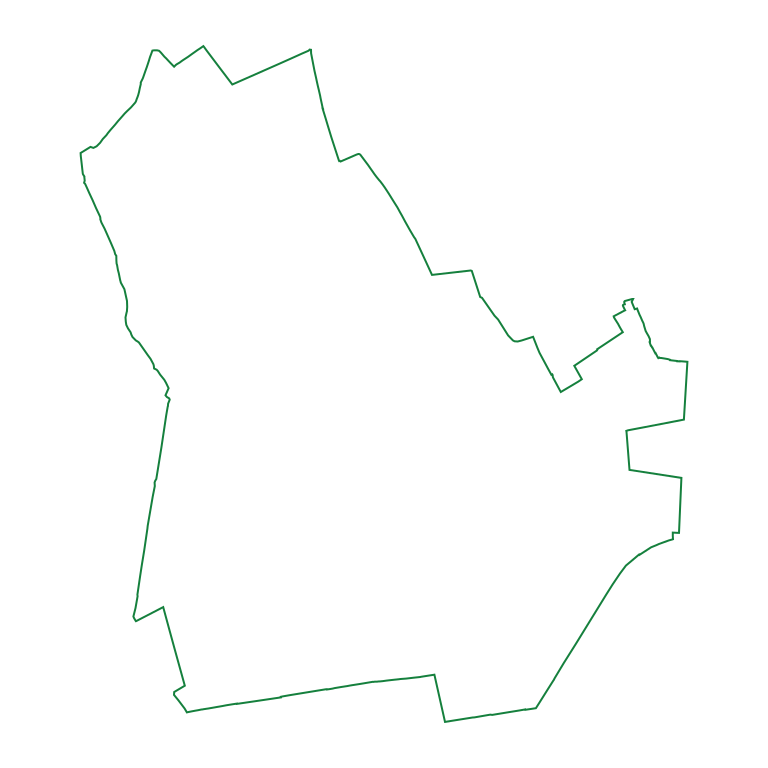 the district of Corbeanca, Ilfov, Romania
{"feature_id": "2599482B20388306931383", "entity_name": "Corbeanca", "entity_type": "district", "adm_level": 2, "iso_a3": "ROU", "parent_name": "Romania", "parent_adm1": "Ilfov", "projection": "mercator", "projection_center": [26.024, 44.599], "detail": "fine", "context": "isolated", "style": "outline", "palette": "green", "viewbox_px": 768, "rotation_deg": 0, "n_neighbors": 0, "source": "geoboundaries", "source_scale": "gbopen_adm2", "svg_char_len": 5293}
<svg xmlns="http://www.w3.org/2000/svg" viewBox="0 0 768 768"><path d="M186.9,712.4L187.6,712.2L191.5,711.4L195.2,710.7L198.1,710.2L200.5,709.7L201.6,709.5L202.7,709.4L203.6,709.2L205.0,709.0L206.2,708.8L207.6,708.6L208.3,708.5L209.4,708.3L212.9,707.7L217.4,706.9L219.2,706.6L222.6,706.0L226.2,705.3L231.1,704.5L235.6,703.8L236.9,703.6L236.9,703.9L255.3,701.2L280.9,697.4L280.8,696.8L282.7,696.4L289.0,695.3L292.0,694.8L325.7,689.3L326.8,689.2L326.9,689.5L329.6,689.1L332.6,688.6L334.6,688.1L335.2,688.0L338.8,687.4L341.8,686.9L343.8,686.6L345.7,686.3L347.1,686.1L350.2,685.5L350.9,685.4L352.0,685.2L354.0,684.9L359.1,684.1L363.4,683.4L369.3,682.4L370.5,682.2L372.9,681.8L373.5,681.9L374.6,681.7L375.5,681.7L377.0,681.7L378.0,681.5L380.1,681.4L383.0,681.1L386.5,680.6L390.0,680.2L394.5,679.7L398.4,679.3L400.6,679.0L406.0,678.6L413.7,677.7L420.3,677.0L421.0,676.8L434.4,674.7L439.0,695.2L445.0,721.9L461.3,719.3L472.6,717.5L474.4,717.4L490.0,714.7L490.8,714.7L491.5,714.8L492.2,714.9L510.5,711.9L519.2,710.5L524.8,709.5L525.2,709.4L525.3,709.8L535.9,708.2L539.9,701.9L547.8,689.3L553.5,680.3L554.1,679.5L554.3,678.8L563.8,663.0L575.9,643.8L606.2,594.6L612.7,584.3L620.0,573.5L625.9,565.6L639.1,554.5L639.4,554.9L651.1,547.3L656.3,545.2L659.2,543.9L668.9,540.4L672.5,539.4L673.0,539.2L672.8,536.3L672.8,533.0L672.8,532.6L678.8,532.9L679.0,532.9L680.2,505.4L681.4,477.9L629.5,469.9L626.5,431.8L626.3,430.9L628.0,430.3L644.4,427.2L683.9,419.6L687.4,361.8L685.4,361.6L679.9,361.2L679.7,361.2L679.7,361.4L677.2,361.3L677.2,361.0L670.1,360.2L670.1,359.8L667.9,359.1L665.0,358.6L661.3,358.0L659.3,357.9L659.1,357.6L658.3,358.1L657.8,357.4L655.6,353.1L655.3,353.3L654.3,351.4L652.6,348.0L652.3,347.4L652.0,347.4L651.2,345.7L650.8,345.7L649.6,342.1L650.0,341.9L649.9,339.3L649.9,339.1L648.6,336.2L646.7,332.9L645.9,331.4L645.7,331.1L644.2,326.2L643.6,323.6L643.0,322.2L642.8,321.9L642.0,320.2L640.9,317.6L640.4,316.5L639.6,314.9L638.3,311.7L637.6,310.0L637.1,308.5L634.7,309.2L631.7,301.9L633.1,299.0L632.2,299.0L624.9,301.0L624.4,301.5L624.2,302.0L624.8,304.3L623.8,304.5L623.3,304.8L623.1,304.9L623.0,305.2L622.9,305.4L622.9,305.6L623.0,305.8L623.1,306.2L625.1,310.3L624.8,310.4L613.7,316.3L613.8,316.6L613.9,317.2L614.2,317.7L614.5,318.3L618.2,324.1L618.8,325.3L620.0,327.5L621.1,329.4L622.8,332.2L597.4,349.1L597.6,349.3L596.9,350.5L574.3,365.8L581.8,379.2L578.3,381.6L560.8,392.0L552.9,377.3L552.6,374.9L552.2,374.3L551.4,374.8L548.2,369.0L545.1,363.2L539.5,352.8L537.4,347.8L533.1,336.8L521.6,340.5L517.7,341.5L514.6,341.3L512.9,340.4L508.1,335.4L498.1,319.5L494.5,315.7L482.0,297.8L480.2,297.0L471.8,270.9L470.7,270.5L432.0,274.9L422.4,254.1L415.3,238.8L414.1,237.2L410.2,230.6L405.2,221.7L402.0,215.7L399.9,212.0L397.4,207.4L394.3,202.5L391.3,197.7L388.9,193.8L384.9,187.7L382.5,184.3L381.2,182.6L380.3,181.4L379.1,180.1L376.5,176.9L374.4,174.1L372.6,171.5L370.2,168.1L368.2,165.2L360.4,154.8L359.6,154.2L358.9,154.0L358.3,154.0L356.5,154.6L340.6,161.5L339.9,160.9L339.2,161.1L338.9,160.5L331.3,137.1L327.7,125.3L325.7,118.6L322.6,108.5L322.9,108.5L322.7,108.0L322.4,106.7L320.6,98.3L320.1,95.6L318.7,89.5L317.8,85.8L316.8,81.3L316.0,77.5L314.5,70.9L311.1,53.3L311.0,49.8L309.6,49.6L309.3,50.0L308.6,50.7L305.6,52.0L301.9,53.6L298.4,55.2L291.3,58.4L279.2,63.8L232.3,84.5L230.5,82.1L221.4,70.1L206.6,50.5L204.0,46.9L203.3,46.1L202.1,47.0L199.8,48.6L197.6,50.0L194.8,52.0L192.1,53.9L189.9,55.5L188.1,56.8L184.9,58.9L183.2,60.0L181.6,61.1L179.9,62.4L178.6,63.2L177.2,64.0L176.0,64.8L175.1,65.7L174.1,66.7L170.2,62.7L167.2,59.5L166.3,58.5L164.4,56.7L161.0,52.7L159.1,50.8L157.0,50.3L155.4,50.3L155.0,50.3L153.4,50.4L152.4,50.6L151.5,53.1L151.1,54.2L150.1,56.8L149.6,58.4L149.1,60.1L148.0,63.5L146.8,67.1L145.5,70.7L143.1,77.6L142.6,78.8L141.8,80.4L141.1,81.8L140.7,82.8L140.8,84.0L139.9,87.7L139.0,92.1L138.2,95.1L137.5,97.1L136.7,99.1L136.0,101.2L135.3,102.5L131.0,107.4L128.9,109.4L127.0,111.2L125.3,112.9L124.7,113.5L120.6,118.2L118.1,121.0L115.0,124.8L112.1,128.1L110.6,129.8L107.8,133.2L106.4,135.2L102.8,139.0L100.1,142.8L96.6,146.3L93.4,147.9L90.5,146.9L80.6,153.0L80.8,156.2L81.3,160.4L81.9,165.7L82.8,173.7L83.0,174.3L83.3,174.8L84.4,176.5L84.3,176.9L84.4,177.7L84.5,178.7L84.7,180.7L84.1,182.8L85.2,184.0L87.2,188.4L89.1,192.7L92.7,200.4L96.0,208.0L100.1,216.7L100.4,218.3L100.3,219.2L101.4,222.5L104.6,228.7L107.8,235.9L110.9,242.9L114.3,250.9L115.2,254.2L116.3,255.8L116.4,260.8L116.6,263.6L117.1,265.2L117.9,269.9L118.8,273.3L120.2,280.3L120.6,281.6L120.8,282.6L124.4,289.2L127.0,301.0L127.2,306.9L126.9,311.5L126.7,312.0L125.5,317.4L125.8,321.7L126.3,324.9L128.0,328.4L130.6,332.3L131.3,334.5L132.5,337.0L135.8,340.4L137.6,341.5L138.6,342.2L139.0,342.6L147.7,355.0L150.5,358.8L153.4,364.2L153.8,365.7L154.1,368.5L156.6,369.7L157.8,371.0L160.1,374.6L163.5,378.8L164.3,379.8L166.0,382.8L168.6,388.2L165.5,395.3L166.9,397.0L169.2,398.4L169.7,399.7L168.1,403.7L167.9,406.3L167.7,406.7L166.2,415.4L161.4,447.5L156.3,479.0L155.3,480.6L154.6,482.4L154.8,486.1L152.7,496.7L147.7,525.8L147.4,528.7L144.2,550.5L141.8,565.2L140.1,576.3L137.4,594.7L137.6,596.2L135.5,608.1L133.4,616.5L134.0,618.0L135.7,620.9L135.9,621.2L136.2,621.1L163.2,607.1L169.4,629.9L174.8,649.6L184.8,685.7L174.2,692.0L174.0,694.9L178.4,700.3L184.6,708.5L186.9,712.4Z" fill="none" stroke="#15803d" stroke-width="2"/></svg>